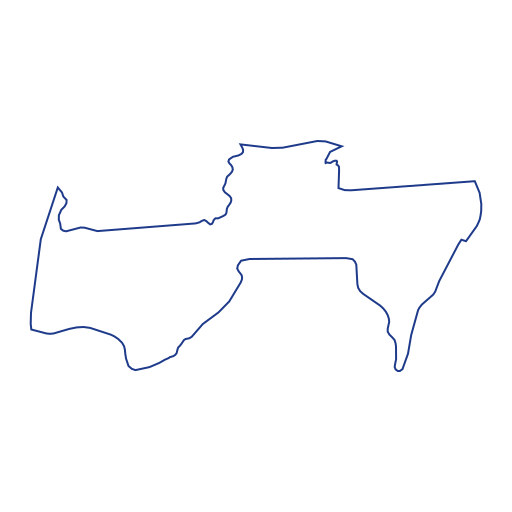 Para, Mercator projection
{"feature_id": "SUR-68", "entity_name": "Para", "entity_type": "District", "adm_level": 1, "iso_a3": "SUR", "parent_name": "Suriname", "parent_adm1": "", "projection": "mercator", "projection_center": [-55.311, 5.329], "detail": "fine", "context": "isolated", "style": "outline", "palette": "blue", "viewbox_px": 512, "rotation_deg": 0, "n_neighbors": 0, "source": "natural_earth", "source_scale": "10m", "svg_char_len": 2296}
<svg xmlns="http://www.w3.org/2000/svg" viewBox="0 0 512 512"><path d="M341.7,146.3L330.1,151.9L326.4,159.0L325.7,159.7L325.5,162.8L325.7,163.1L326.9,162.5L330.1,163.0L331.0,162.6L332.7,161.5L334.8,160.7L336.7,160.8L337.1,161.8L336.7,163.3L336.6,164.6L337.8,165.2L338.9,166.6L339.1,169.9L338.5,188.1L344.6,190.1L351.0,190.3L474.8,181.2L479.6,192.8L481.3,204.0L481.2,210.9L480.6,215.3L479.8,219.3L478.4,222.7L476.7,226.2L466.0,241.2L461.4,239.7L458.3,244.5L439.2,281.1L435.2,291.6L433.3,294.5L421.8,304.6L419.4,307.7L418.1,310.1L411.2,335.0L408.0,353.7L402.5,369.1L399.9,371.0L397.8,371.0L395.6,369.4L394.7,367.0L395.0,364.5L396.1,359.3L396.0,346.3L395.5,343.0L394.5,339.9L391.9,337.0L389.5,334.7L387.7,331.7L387.7,328.7L389.2,321.9L388.8,318.5L387.7,315.1L385.9,311.8L383.3,308.5L380.3,305.7L363.2,293.9L360.2,291.2L358.2,287.9L357.4,284.4L356.3,264.7L354.9,261.6L352.6,259.2L346.1,258.1L249.5,259.0L241.1,260.7L237.9,265.3L237.2,268.5L238.7,271.4L240.3,273.4L241.7,275.3L242.1,277.4L241.9,279.5L240.7,282.5L229.2,301.5L218.5,312.4L202.8,324.0L191.7,336.8L189.2,338.3L185.6,339.0L183.9,340.1L181.3,344.0L179.8,345.9L178.3,347.3L177.6,349.1L176.6,353.2L175.2,354.9L173.4,356.1L169.8,357.2L168.6,358.1L165.1,359.6L159.3,362.9L149.5,367.1L135.5,370.1L131.9,368.9L128.5,366.0L126.1,358.8L125.3,354.0L124.9,349.8L124.1,346.3L122.1,342.8L118.1,338.9L114.4,336.4L110.7,334.6L90.1,327.9L83.6,327.0L76.7,327.4L69.3,328.9L53.5,333.5L49.9,333.8L46.6,333.5L31.3,329.5L30.7,323.8L31.0,312.8L40.8,239.2L57.8,187.5L62.0,192.5L63.3,196.5L66.6,200.0L66.4,203.3L64.5,206.6L61.3,209.8L58.9,215.2L58.8,219.7L60.2,223.7L60.9,228.9L63.3,230.7L66.1,231.3L80.6,227.5L84.6,227.7L97.4,231.1L195.7,223.4L199.6,222.3L201.6,221.0L204.2,220.0L206.2,221.0L208.0,222.7L210.2,224.4L212.0,223.8L213.0,222.0L213.7,220.1L215.4,218.3L218.2,218.3L223.1,216.1L225.5,214.6L226.4,212.9L226.9,208.8L227.7,206.8L229.2,204.8L230.7,202.5L231.3,200.2L231.1,198.1L229.6,196.0L224.8,192.2L223.3,190.0L223.2,187.9L225.4,183.5L226.3,178.9L227.2,176.6L229.9,174.2L231.8,172.0L232.8,169.7L232.4,167.3L231.2,165.2L229.5,163.5L228.4,161.6L229.1,159.4L232.9,156.8L238.3,155.5L241.5,153.9L243.0,152.1L243.1,149.9L242.3,147.7L240.5,144.4L271.8,148.0L282.7,147.7L317.3,141.0L325.5,141.4L341.7,146.3Z" fill="none" stroke="#1e3a8a" stroke-width="2"/></svg>